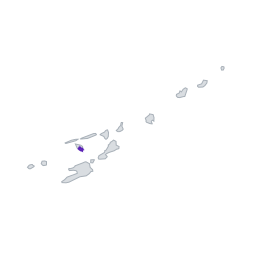 West Ambae, Penama, Vanuatu (highlighted), rotated 258°
{"feature_id": "77236927B38715927177991", "entity_name": "West Ambae", "entity_type": "district", "adm_level": 2, "iso_a3": "VUT", "parent_name": "Vanuatu", "parent_adm1": "Penama", "projection": "equal_earth", "projection_center": [167.719, -15.408], "detail": "fine", "context": "in_parent", "style": "filled", "palette": "violet", "viewbox_px": 256, "rotation_deg": 258, "n_neighbors": 0, "source": "geoboundaries", "source_scale": "gbopen_adm2", "svg_char_len": 3140}
<svg xmlns="http://www.w3.org/2000/svg" viewBox="0 0 256 256"><g transform="rotate(258 128 128)"><path d="M92.6,58.2L94.2,69.0L96.0,69.0L97.0,68.4L98.0,65.9L98.5,61.9L99.5,61.3L100.7,61.8L100.2,63.0L100.5,66.2L101.4,68.0L102.0,68.3L103.3,76.7L103.7,78.4L103.7,79.8L101.1,82.9L97.3,82.8L94.6,84.7L93.0,84.6L93.0,82.5L91.5,80.8L89.9,77.2L90.3,70.8L87.3,59.0L87.3,56.0L88.3,52.1L89.3,52.0L90.6,55.2L92.6,58.2ZM108.9,99.8L110.0,100.5L110.6,100.5L111.0,102.1L114.5,105.2L115.4,105.1L116.3,106.9L117.7,107.8L118.2,109.5L119.2,111.3L117.4,113.5L113.7,112.9L111.7,115.4L109.8,114.8L109.5,113.5L109.8,113.0L108.6,109.7L108.1,104.7L107.4,101.7L106.6,100.4L104.9,101.5L104.2,101.7L102.6,99.3L103.3,94.3L103.7,92.9L105.0,92.6L107.0,93.9L108.9,99.8ZM155.4,192.4L154.2,194.0L153.3,193.8L147.0,190.1L147.2,188.7L147.0,184.8L147.7,182.8L149.4,181.9L150.8,182.4L151.6,185.4L153.5,186.6L152.2,187.7L154.4,190.0L155.4,192.4ZM134.0,147.0L136.4,151.6L137.3,152.0L135.9,155.3L132.8,155.6L129.3,154.7L130.6,153.6L129.9,152.3L128.8,152.0L127.6,152.6L127.0,152.4L127.8,150.3L129.8,147.3L130.4,147.0L130.9,147.0L131.4,147.3L134.0,147.0ZM130.4,107.6L127.6,108.0L123.7,106.9L122.1,105.5L121.5,104.1L122.8,103.1L124.8,102.6L127.2,99.3L128.0,100.5L128.9,104.2L129.9,105.3L130.4,106.4L130.4,107.6ZM159.1,211.8L157.8,215.3L155.6,214.5L153.5,212.0L152.5,209.8L153.2,205.5L154.3,204.7L155.4,205.0L155.9,209.2L159.1,211.8ZM128.4,95.7L128.0,95.7L127.6,94.2L126.2,86.2L127.1,79.0L127.7,80.5L129.7,93.1L129.4,95.2L128.4,95.7ZM134.0,122.1L134.8,122.6L134.4,123.9L131.0,122.4L128.3,123.0L127.6,122.9L126.8,121.6L126.2,119.2L126.5,117.4L127.6,116.2L128.0,116.0L128.9,117.5L129.6,118.5L130.4,119.0L132.1,121.4L134.0,122.1ZM121.0,78.2L119.4,79.7L116.4,79.5L115.3,78.7L119.0,74.1L123.3,73.2L121.0,78.2ZM113.1,39.6L112.1,41.3L109.3,40.7L108.7,40.3L108.8,37.5L109.5,36.6L111.2,35.7L113.4,37.1L113.1,39.6ZM110.7,28.0L110.4,28.3L109.8,28.1L108.4,24.1L108.7,22.8L110.5,21.5L112.2,23.7L112.3,24.9L112.3,26.0L112.1,26.9L111.0,27.3L110.7,28.0ZM127.8,74.7L127.4,76.7L126.4,74.3L125.8,64.4L126.0,63.5L126.5,63.4L127.8,70.3L127.8,74.7ZM168.7,232.7L167.9,234.5L166.6,234.5L164.9,233.2L165.2,231.6L167.1,231.4L167.7,231.5L168.7,232.7ZM104.2,87.6L103.8,88.5L101.2,86.3L101.8,84.3L104.6,85.0L104.2,87.6Z" fill="#d9dde1" stroke="#a8b0b8" stroke-width="1"/><path d="M118.0,75.1L117.9,75.1L117.8,75.3L117.7,75.4L117.7,75.5L117.4,75.7L117.2,75.7L117.1,75.8L116.9,75.9L116.9,76.0L116.7,76.0L116.5,76.3L116.4,76.4L116.4,76.5L116.2,76.6L116.1,76.8L115.9,76.9L115.9,77.0L115.7,77.2L115.7,77.3L115.5,77.5L115.4,77.6L115.4,77.8L115.3,78.0L115.3,78.3L115.2,78.4L115.3,78.4L115.3,78.5L115.5,78.7L115.6,78.8L115.8,78.9L115.8,79.0L116.0,79.1L116.1,79.3L116.2,79.2L116.2,79.3L116.3,79.2L116.3,79.3L116.5,79.3L116.8,79.3L116.8,79.2L116.9,79.3L117.0,79.3L117.3,79.3L117.4,79.2L117.2,79.0L117.2,78.9L117.2,78.7L117.3,78.4L117.6,78.3L118.0,78.0L118.2,77.8L118.3,77.7L118.5,77.6L118.8,77.4L118.7,77.4L118.4,77.1L118.2,77.0L118.5,76.8L118.7,76.7L118.8,76.6L118.9,76.4L119.0,76.3L119.1,76.1L118.9,76.0L118.7,75.9L118.4,75.7L118.2,75.5L118.1,75.4L118.0,75.1Z" fill="#8b5cf6" stroke="#5b21b6" stroke-width="1.5"/></g></svg>